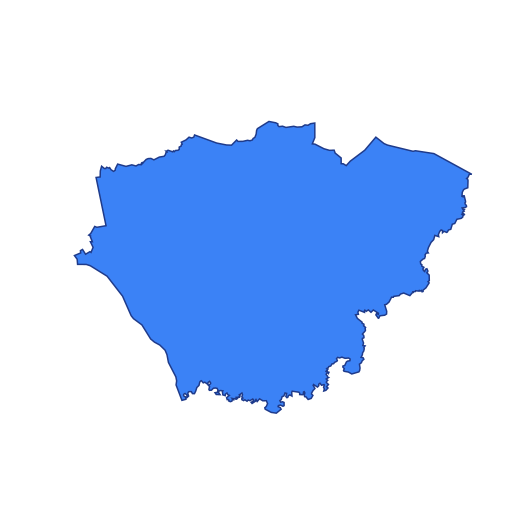 the district of Kalniešu pag., Kraslavas, Latvia, rotated 22°
{"feature_id": "27541924B55230125144242", "entity_name": "Kalniešu pag.", "entity_type": "district", "adm_level": 2, "iso_a3": "LVA", "parent_name": "Latvia", "parent_adm1": "Kraslavas", "projection": "orthographic", "projection_center": [27.395, 55.888], "detail": "fine", "context": "isolated", "style": "filled", "palette": "blue", "viewbox_px": 512, "rotation_deg": 22, "n_neighbors": 0, "source": "geoboundaries", "source_scale": "gbopen_adm2", "svg_char_len": 6138}
<svg xmlns="http://www.w3.org/2000/svg" viewBox="0 0 512 512"><g transform="rotate(22 256 256)"><path d="M340.2,367.8L346.8,366.2L348.0,366.9L348.4,368.1L351.1,367.2L351.6,366.6L351.0,364.2L351.5,363.7L352.6,364.7L352.9,367.0L353.8,368.2L354.9,367.8L358.1,369.5L360.5,367.4L361.0,363.9L359.2,363.2L358.9,362.2L359.3,359.2L360.3,356.8L357.4,354.5L357.5,353.6L362.1,354.5L362.8,352.7L362.2,351.4L363.0,350.0L365.2,351.3L367.2,349.7L367.7,349.9L367.9,352.6L369.1,353.5L369.4,355.8L371.1,354.4L372.2,351.4L370.4,350.8L371.3,348.0L368.6,346.9L368.4,346.0L369.1,344.4L367.2,343.7L368.8,341.5L367.7,341.5L367.3,340.6L365.4,339.6L365.4,338.4L366.5,337.2L367.1,337.7L367.2,336.5L364.2,336.8L364.3,336.0L365.1,335.8L364.5,335.1L365.0,334.0L363.8,333.7L364.8,332.6L364.9,331.3L366.5,330.0L366.9,327.5L368.3,326.8L368.7,325.2L370.4,323.3L370.6,322.5L369.1,321.0L369.7,319.4L371.7,319.2L373.5,317.6L376.9,317.5L380.1,315.9L381.9,316.3L382.3,317.9L380.2,319.2L379.5,320.4L379.3,324.2L377.8,325.5L378.2,326.5L380.1,327.4L380.0,329.3L380.8,329.9L385.1,329.0L389.0,329.5L394.8,324.9L395.0,323.4L394.4,320.9L392.4,317.5L393.7,315.5L393.7,313.4L394.7,311.3L393.4,310.2L391.4,310.6L391.6,307.7L391.1,305.8L391.5,303.8L391.1,301.4L390.3,300.5L390.8,298.5L388.6,299.0L388.3,296.4L385.7,293.4L385.5,292.5L386.6,291.6L386.6,290.9L385.6,289.3L383.9,288.5L385.3,284.6L385.3,283.8L384.3,282.3L384.4,281.2L381.9,280.4L382.0,279.5L381.4,278.7L379.7,278.7L379.1,277.6L373.4,275.9L370.3,273.2L372.8,271.7L371.5,269.9L371.7,267.7L377.7,267.6L377.0,266.2L377.2,265.4L378.9,266.0L380.4,263.9L383.7,265.1L385.0,262.1L391.0,263.2L391.3,264.3L389.3,264.2L389.2,265.7L392.7,267.9L393.1,267.6L393.3,265.0L397.5,262.7L398.8,260.9L397.9,258.3L393.6,253.0L395.1,251.9L396.6,248.8L397.1,243.4L398.8,242.8L398.9,241.8L403.6,239.1L404.2,237.2L406.8,235.0L413.5,235.1L414.7,231.6L415.4,231.0L414.9,230.4L417.1,229.2L417.0,228.4L419.9,227.6L420.2,226.8L421.2,227.2L422.2,226.0L423.4,227.0L424.2,226.3L423.7,225.1L425.5,221.9L426.6,216.1L425.1,215.3L425.9,213.9L423.7,208.8L420.8,207.6L420.6,207.1L421.1,206.5L421.0,205.5L419.2,203.8L418.1,204.8L418.2,207.2L416.7,206.7L415.6,205.5L415.9,203.6L413.5,203.3L413.0,201.9L411.7,201.7L410.4,199.5L412.2,196.0L413.2,195.2L413.1,193.0L412.3,191.5L412.8,189.5L414.6,188.6L413.1,187.4L412.7,183.6L413.2,177.8L414.6,174.3L414.1,169.9L418.2,169.6L417.1,168.0L417.1,164.4L417.9,162.5L419.3,162.5L420.2,164.5L421.0,162.7L424.0,162.7L424.5,161.9L424.7,159.8L426.6,158.3L426.1,153.0L428.1,151.4L428.5,146.7L432.2,144.2L433.1,142.5L432.8,140.9L433.7,139.6L432.8,139.1L432.7,140.2L431.6,140.3L432.1,139.4L431.4,139.6L431.1,137.8L432.2,136.5L431.3,136.0L431.7,134.9L430.2,135.2L429.1,134.2L431.8,132.7L432.7,131.4L432.1,130.3L430.5,129.5L429.8,128.4L430.1,127.6L429.8,126.8L426.5,122.2L425.5,122.6L425.8,123.5L424.6,123.6L423.4,119.6L423.6,117.0L424.2,115.8L426.8,113.4L424.3,106.6L423.4,105.4L422.3,105.3L423.1,103.2L423.1,100.9L423.7,100.0L425.5,99.4L382.6,94.4L364.4,98.7L362.4,100.1L336.4,103.9L332.6,103.8L322.6,100.9L317.2,117.2L307.9,132.7L305.8,138.4L302.4,137.8L300.4,138.5L298.2,133.2L290.8,130.9L288.8,128.6L284.6,130.5L278.8,131.1L268.8,130.2L266.2,130.9L266.2,124.2L260.7,110.7L257.0,112.9L255.3,115.3L252.3,116.1L250.2,119.0L245.8,121.1L242.4,121.6L235.6,125.6L232.0,125.7L228.9,127.4L227.3,126.8L226.8,125.3L224.4,125.1L217.6,126.4L209.6,137.4L209.5,139.3L210.5,143.0L210.5,146.5L209.3,148.1L209.2,149.7L207.3,151.4L204.8,151.9L200.9,154.6L196.4,156.5L194.6,155.7L191.8,162.4L187.1,164.1L177.2,166.0L153.7,166.8L153.8,169.0L153.2,169.7L152.1,170.7L149.4,170.9L147.6,174.6L144.1,178.5L145.7,180.0L145.1,181.1L145.4,182.2L144.0,183.8L144.9,185.9L144.1,187.2L141.7,188.4L141.2,189.8L140.1,189.5L139.8,190.6L134.8,190.9L133.8,192.2L134.3,192.7L133.6,192.7L134.2,193.1L133.8,193.6L134.0,196.2L133.4,198.0L129.3,200.5L125.3,205.1L122.0,204.9L119.5,206.1L118.0,207.6L116.6,211.2L115.4,212.1L116.1,212.6L115.1,213.2L115.7,213.8L115.4,214.4L112.9,215.1L111.0,217.5L106.7,218.0L101.9,221.6L93.3,222.6L92.9,227.8L93.3,229.3L92.2,230.9L89.2,230.3L87.2,228.9L86.8,229.6L84.2,229.7L83.9,231.2L82.7,231.7L79.2,230.6L79.8,235.5L81.9,241.1L78.3,243.1L105.6,284.1L97.7,289.0L95.4,289.0L94.3,297.1L93.1,299.3L95.1,299.4L95.1,300.1L98.9,304.1L97.1,304.8L101.7,309.0L101.7,314.5L100.4,314.2L97.3,318.2L92.7,314.9L91.2,316.8L92.3,318.8L87.5,323.6L91.4,326.0L93.7,330.6L101.8,327.4L106.0,327.1L125.5,330.5L147.3,343.2L162.6,358.1L165.9,360.0L176.0,362.6L189.4,372.4L194.1,373.9L200.2,374.6L207.0,377.4L210.4,380.8L214.7,387.5L227.0,398.1L229.2,401.5L230.2,405.5L241.4,417.6L244.7,415.1L243.6,413.0L242.1,413.1L241.0,412.3L240.8,411.6L241.2,410.5L241.8,410.0L244.1,410.9L245.2,412.8L246.0,411.1L244.3,409.1L244.2,407.7L244.7,406.8L246.9,406.0L248.6,407.4L250.5,406.7L250.7,403.7L250.4,400.1L251.6,397.4L251.1,394.0L251.4,392.8L252.1,392.1L254.6,393.4L255.8,392.2L259.5,393.1L258.9,391.2L259.9,389.6L261.6,390.8L261.7,391.5L260.4,393.8L261.8,394.3L262.3,397.3L263.1,398.0L265.0,397.1L266.0,394.6L267.8,393.6L269.5,393.3L270.9,394.5L271.3,396.8L269.2,398.1L271.0,399.3L274.6,398.0L272.3,396.5L272.3,394.9L273.7,393.9L275.8,393.5L275.6,394.3L277.3,397.2L279.8,397.0L279.4,395.5L280.4,393.9L281.8,395.1L283.5,395.2L281.8,398.4L283.1,400.0L284.0,399.5L284.9,399.8L285.0,400.6L286.7,400.7L288.0,399.7L287.9,398.3L288.8,397.9L287.2,397.0L289.4,396.6L290.5,395.4L290.6,396.3L291.5,396.1L292.2,395.0L291.0,394.3L293.7,393.1L293.7,392.5L293.0,392.7L293.4,391.0L292.6,390.9L294.3,388.3L295.5,389.7L295.6,391.7L297.0,392.6L296.2,393.3L296.7,394.5L298.7,394.7L299.5,393.5L302.1,394.0L302.7,392.5L304.6,392.4L306.6,389.8L307.4,390.2L307.8,391.6L306.3,393.5L307.6,394.2L309.9,390.8L309.3,390.3L309.7,389.0L311.6,390.5L312.8,387.1L316.6,387.7L319.8,386.3L322.0,388.5L321.9,391.6L321.0,393.4L321.9,394.6L328.7,395.3L333.7,394.1L336.7,388.7L335.3,387.5L332.9,387.4L332.8,386.3L334.3,385.1L337.3,385.2L338.1,384.2L336.9,381.3L335.2,381.2L333.6,382.3L332.3,381.1L333.2,379.7L332.9,376.7L334.3,375.3L334.2,372.1L335.9,371.9L336.3,375.1L337.8,375.8L338.5,374.8L338.3,373.5L339.4,372.1L341.8,372.4L340.2,369.1L340.2,367.8Z" fill="#3b82f6" stroke="#1e3a8a" stroke-width="1.5"/></g></svg>